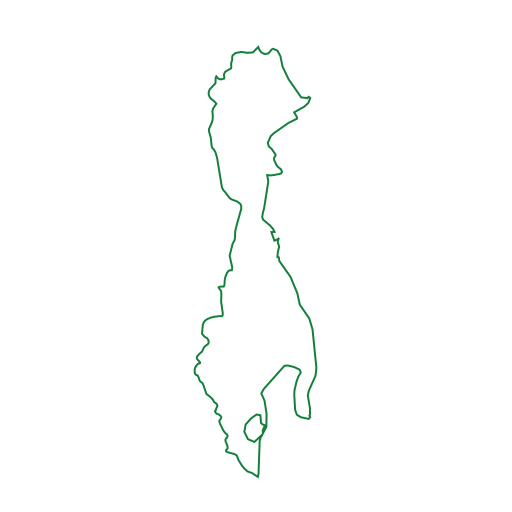 outline of Vlorë, rotated 218°
{"feature_id": "ALB-1504", "entity_name": "Vlorë", "entity_type": "County", "adm_level": 1, "iso_a3": "ALB", "parent_name": "Albania", "parent_adm1": "", "projection": "robinson", "projection_center": [19.787, 40.148], "detail": "fine", "context": "isolated", "style": "outline", "palette": "green", "viewbox_px": 512, "rotation_deg": 218, "n_neighbors": 0, "source": "natural_earth", "source_scale": "10m", "svg_char_len": 3633}
<svg xmlns="http://www.w3.org/2000/svg" viewBox="0 0 512 512"><g transform="rotate(218 256 256)"><path d="M397.9,373.1L397.6,373.0L394.8,372.6L392.4,373.5L390.4,376.1L391.1,377.5L392.8,378.9L393.7,381.6L393.3,383.4L391.5,387.6L391.2,388.6L391.9,389.8L394.0,392.2L394.5,393.2L395.6,396.2L397.1,397.8L397.9,399.6L397.1,403.3L393.2,407.8L388.0,410.7L383.8,414.5L382.9,422.1L380.5,420.7L378.0,419.9L375.6,419.9L373.3,420.7L371.1,423.0L370.8,425.6L370.9,428.1L370.0,429.9L365.5,431.0L359.8,428.5L351.7,421.6L338.8,415.2L327.6,411.8L318.1,408.8L313.6,411.5L312.7,411.9L312.5,413.9L310.5,413.9L309.0,408.8L310.0,403.1L314.4,392.7L309.6,390.8L308.2,389.6L312.4,380.7L317.6,363.5L318.2,359.4L316.3,352.3L313.4,350.3L309.0,349.9L302.8,347.8L302.4,347.0L302.3,345.6L302.0,344.1L300.9,342.9L297.0,340.8L294.2,339.8L289.4,339.6L287.2,338.2L287.2,336.1L291.4,331.2L294.1,328.5L297.0,326.7L292.1,322.2L278.9,298.4L277.1,294.1L275.1,290.5L272.8,289.0L263.8,288.7L259.4,287.9L256.3,286.4L258.6,284.3L250.9,279.4L249.7,281.7L249.3,282.7L249.0,284.3L248.1,281.3L246.7,279.8L245.0,278.7L243.1,277.1L242.7,275.7L240.7,271.7L238.4,268.3L237.3,269.0L234.5,266.4L216.0,260.8L200.5,252.1L191.5,244.6L175.6,239.6L166.3,233.0L139.7,205.2L136.6,200.5L135.2,197.6L131.4,182.3L129.4,178.1L119.6,169.1L116.1,164.7L115.6,163.4L115.6,163.0L114.1,162.4L114.1,160.1L121.5,156.5L126.1,156.1L130.5,158.9L140.5,170.3L143.1,174.1L146.8,182.1L148.4,187.1L149.0,191.8L151.6,193.3L157.5,192.0L163.4,189.4L166.0,187.0L168.0,156.0L167.2,151.0L160.0,147.1L150.4,138.0L142.7,127.8L141.3,120.4L143.2,122.6L144.0,125.1L144.7,128.1L147.0,127.4L149.1,127.4L154.5,133.2L158.0,131.4L159.9,125.0L160.4,116.8L157.0,110.3L149.5,106.7L142.8,108.5L141.3,117.9L139.3,112.6L119.9,85.9L118.5,83.1L125.5,82.5L130.1,81.0L134.1,81.3L138.1,82.2L144.1,84.4L148.4,87.0L151.2,86.6L157.8,83.8L159.3,83.7L160.0,84.3L160.0,85.3L159.9,86.0L160.0,87.0L161.0,88.2L162.8,89.5L166.0,91.3L167.0,92.5L167.3,93.8L167.0,95.0L167.6,96.8L169.0,97.5L171.6,97.6L174.3,98.4L181.0,101.6L182.6,102.7L183.5,103.7L183.6,104.6L183.5,105.6L183.6,106.5L184.3,107.8L185.6,108.2L187.4,108.3L189.6,107.6L190.9,107.6L192.2,108.0L192.7,108.4L192.9,108.9L192.7,109.6L193.3,110.9L194.2,114.2L195.1,114.9L196.5,115.3L199.2,115.1L201.3,116.2L205.0,116.8L210.2,116.8L218.1,122.0L220.0,122.9L221.1,122.9L222.2,122.8L223.3,123.0L224.7,123.7L226.5,125.0L227.9,125.7L228.7,125.9L229.4,125.6L230.1,125.4L231.3,125.6L232.4,126.3L234.1,128.3L235.1,130.1L235.5,133.2L235.4,134.9L235.0,136.0L234.5,136.4L234.2,136.8L234.2,137.3L234.7,137.8L238.8,138.5L239.9,139.2L240.5,140.2L240.5,142.3L240.1,145.8L239.7,146.8L239.8,148.0L240.7,151.8L240.6,153.4L240.2,155.1L239.7,156.4L239.7,157.8L240.3,159.1L242.0,160.5L244.1,161.1L246.9,160.7L250.7,161.5L255.1,168.3L256.2,171.0L256.4,173.0L255.7,176.0L254.0,179.1L251.7,182.2L247.6,186.3L245.7,187.7L245.8,188.8L247.0,190.5L255.2,198.4L260.2,205.1L261.4,206.3L262.5,207.1L265.9,208.0L266.2,208.4L266.1,208.8L265.3,209.9L263.1,211.6L262.6,212.1L262.8,213.1L263.6,214.6L266.0,218.1L267.4,221.0L268.5,225.2L268.5,227.1L268.0,228.4L266.3,229.9L267.0,231.3L267.7,232.4L277.0,240.0L282.1,251.6L282.5,255.0L283.9,257.6L287.9,263.2L290.6,269.3L296.5,283.7L298.3,286.2L300.4,287.4L304.1,287.4L309.6,285.7L311.4,285.4L313.1,285.6L320.2,287.5L322.1,287.7L325.1,289.1L347.2,309.5L352.0,312.9L355.1,314.1L356.8,314.1L358.4,315.1L364.6,321.5L369.8,325.3L371.2,327.1L373.0,334.1L374.1,336.8L376.8,340.4L379.4,343.1L380.6,345.8L381.0,351.6L384.6,352.2L388.5,352.2L390.5,352.8L392.7,354.1L394.2,356.2L395.1,358.7L394.3,367.1L397.3,371.4L397.9,373.0L397.9,373.1Z" fill="none" stroke="#15803d" stroke-width="2"/></g></svg>